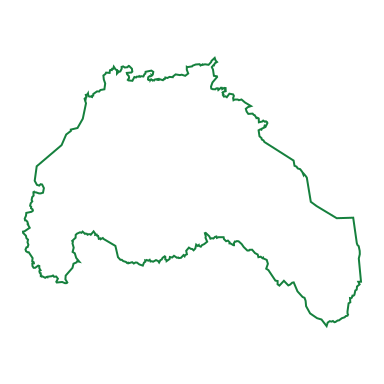 Castlebar Lea-7, Mayo, Ireland (Robinson projection), rotated 270°
{"feature_id": "5873133B79217415432935", "entity_name": "Castlebar Lea-7", "entity_type": "district", "adm_level": 2, "iso_a3": "IRL", "parent_name": "Ireland", "parent_adm1": "Mayo", "projection": "robinson", "projection_center": [-9.299, 53.81], "detail": "fine", "context": "isolated", "style": "outline", "palette": "green", "viewbox_px": 384, "rotation_deg": 270, "n_neighbors": 0, "source": "geoboundaries", "source_scale": "gbopen_adm2", "svg_char_len": 5983}
<svg xmlns="http://www.w3.org/2000/svg" viewBox="0 0 384 384"><g transform="rotate(270 192 192)"><path d="M101.5,67.3L104.7,65.4L108.4,65.7L116.2,72.5L120.3,73.5L121.6,76.5L122.8,77.2L122.3,79.3L126.1,76.2L130.7,74.8L132.1,72.6L136.3,73.7L140.6,72.5L142.3,72.9L143.1,72.2L146.3,75.6L149.1,75.7L150.3,76.9L151.7,80.0L151.2,81.5L152.4,82.6L150.2,84.9L150.5,85.2L150.2,86.9L149.3,87.5L149.8,88.7L149.8,90.3L149.3,90.8L152.6,93.6L150.2,95.3L149.1,95.2L149.4,96.7L148.2,97.2L148.1,98.1L145.2,98.8L145.6,100.3L144.8,100.6L146.0,102.8L145.1,103.5L138.1,115.4L126.8,118.0L124.2,120.4L124.2,121.8L122.9,123.2L122.1,125.9L121.1,126.9L121.3,128.1L120.7,128.3L121.8,132.2L120.5,133.8L121.5,135.5L121.4,137.0L119.6,139.3L118.4,142.8L121.4,144.0L122.2,145.2L123.7,145.2L123.4,146.0L124.0,146.7L123.3,148.3L124.2,149.7L122.5,150.5L122.8,151.7L122.3,153.1L123.9,156.0L122.9,158.2L121.5,159.1L123.9,160.4L124.5,161.7L126.2,162.6L127.7,164.7L127.2,165.3L124.6,165.3L124.0,166.5L122.9,166.6L125.0,169.6L127.0,169.9L126.5,172.2L128.2,174.0L126.2,177.0L126.5,178.2L125.9,178.9L126.2,181.0L128.9,183.5L127.7,184.6L128.9,185.1L129.7,186.9L133.2,186.2L136.4,188.9L135.2,190.7L135.0,192.2L133.7,193.6L135.5,195.3L139.4,196.2L138.1,197.7L139.0,198.8L138.1,199.0L137.3,200.8L138.8,201.9L139.9,204.2L142.3,207.2L146.2,205.5L147.6,205.8L150.8,204.9L151.1,205.7L147.7,209.3L145.3,210.4L145.8,211.9L145.5,213.4L147.1,215.0L147.5,216.4L146.1,216.9L146.8,218.4L146.8,223.6L144.9,224.0L142.8,226.1L143.4,227.9L141.6,229.7L140.6,229.5L140.4,230.8L138.8,233.4L138.8,234.0L140.8,233.9L142.5,234.9L142.3,235.7L142.9,236.8L142.7,238.6L139.9,241.7L137.0,243.7L133.5,247.3L133.5,249.0L134.2,249.6L134.3,252.1L130.9,255.0L129.5,257.7L126.8,258.4L127.3,260.7L125.8,262.5L126.3,263.1L125.6,263.3L124.1,266.7L120.2,267.9L115.3,266.2L113.9,268.4L103.4,275.4L103.0,277.6L99.7,277.6L98.4,279.4L103.2,283.9L98.6,288.3L99.4,290.1L101.3,292.2L101.6,293.7L92.6,297.5L87.0,302.6L86.2,304.5L83.2,305.6L77.8,306.1L70.6,310.1L65.8,317.1L64.5,321.5L57.9,326.6L61.4,327.7L62.8,329.7L62.4,331.7L63.0,332.9L61.8,334.4L62.0,335.4L63.5,337.6L63.6,338.9L65.8,341.9L66.7,344.6L67.9,345.8L68.3,347.5L69.1,348.0L68.8,348.3L70.6,347.5L72.6,347.5L80.7,348.6L81.7,350.3L85.9,350.0L85.7,350.9L86.3,351.8L88.4,352.5L88.3,353.5L89.2,354.4L93.5,355.3L94.4,356.7L97.5,357.0L99.6,359.6L102.2,358.3L102.3,361.0L125.5,358.8L129.8,359.8L133.1,359.7L137.8,358.7L139.1,357.4L140.9,356.8L166.3,353.2L165.8,336.7L178.0,316.5L182.2,310.8L206.4,306.8L208.1,305.6L210.1,303.9L209.1,303.5L212.0,302.3L214.8,300.2L215.6,297.7L217.4,296.5L218.2,294.5L223.4,293.6L242.0,264.4L243.6,263.5L244.5,261.8L245.9,261.5L247.7,259.5L253.7,258.6L254.7,260.4L254.3,261.4L255.3,261.8L256.8,265.0L257.5,264.4L258.5,264.7L258.1,266.0L260.9,267.4L261.8,267.1L262.7,265.9L262.2,265.0L263.4,263.2L262.5,262.3L261.7,258.9L265.5,258.7L265.9,258.3L265.9,256.7L266.4,256.8L266.6,256.1L268.9,254.6L269.1,253.7L270.4,252.6L270.1,248.3L272.5,246.6L275.2,245.8L276.9,247.9L277.9,251.0L281.5,245.0L284.5,241.5L283.8,238.9L284.5,237.7L284.5,234.8L283.8,233.5L286.0,233.1L288.1,233.9L289.6,233.1L290.3,229.4L286.8,226.8L287.7,225.5L287.4,223.9L289.0,222.9L289.5,223.5L291.4,222.5L292.1,223.2L292.8,225.7L295.3,225.6L295.0,225.1L296.0,225.1L296.1,224.2L294.9,222.2L296.2,221.9L296.3,221.0L294.0,218.3L295.7,217.8L295.6,216.3L294.7,215.4L294.8,212.7L295.4,211.3L297.4,211.0L301.6,212.5L307.0,217.1L307.7,216.9L308.2,213.9L314.4,213.0L316.9,211.8L318.9,213.5L318.7,214.0L320.7,214.8L322.0,217.0L323.4,215.6L326.1,214.7L323.1,211.5L321.9,211.1L319.2,208.6L319.7,205.0L319.1,202.5L319.5,202.4L318.5,200.5L319.8,199.6L319.5,195.7L318.3,192.6L317.6,192.1L316.9,187.4L317.2,186.8L314.2,186.8L310.5,188.2L308.2,185.2L309.3,181.7L308.9,179.9L309.6,175.6L307.5,173.0L306.8,172.8L307.1,169.5L306.0,167.4L306.5,165.3L305.1,164.9L304.6,164.0L304.8,163.7L303.8,162.9L304.8,159.7L304.0,158.8L304.1,157.9L304.7,158.0L304.4,157.4L304.9,157.3L304.5,154.9L303.5,154.1L303.9,153.0L303.5,152.6L304.3,151.6L303.7,151.5L304.2,151.4L304.3,150.5L303.8,150.2L304.3,150.1L304.0,148.6L304.5,148.0L306.7,148.2L307.9,149.6L307.7,150.6L308.6,152.0L309.0,151.8L308.8,152.3L309.8,152.9L312.1,153.3L313.4,151.4L312.2,145.6L310.3,145.3L309.7,144.4L307.5,143.4L307.8,141.0L307.2,140.1L307.9,139.2L307.3,138.7L307.3,136.7L306.5,136.0L307.0,134.4L303.2,132.4L303.6,128.4L304.1,127.8L306.1,129.1L307.9,128.8L309.8,127.1L311.1,126.8L311.5,131.4L312.4,132.3L315.3,131.9L318.0,129.1L318.1,128.6L316.8,127.5L316.5,124.8L317.6,123.1L317.1,121.6L315.3,121.7L312.6,120.3L312.2,119.2L312.7,118.5L312.0,118.5L310.4,117.0L314.0,117.0L314.4,115.7L317.3,113.8L315.2,113.2L315.2,112.1L313.9,111.8L314.1,110.6L313.8,110.0L311.1,109.6L311.4,106.1L309.9,105.3L308.5,103.4L304.6,103.8L300.5,105.2L294.7,104.4L294.0,100.4L292.5,99.2L292.6,97.0L290.0,93.3L288.4,93.2L288.2,92.1L287.0,92.0L287.6,90.1L287.4,89.3L288.2,88.3L290.6,88.0L289.7,87.5L289.1,85.8L287.0,86.4L285.3,84.6L284.2,84.9L285.0,85.7L282.9,85.3L280.7,86.0L265.3,82.8L256.0,77.5L254.4,70.8L253.1,70.9L249.5,66.2L238.9,61.6L217.7,36.7L203.2,34.7L199.2,36.9L198.4,39.2L199.8,40.6L199.5,42.1L195.9,43.9L191.3,43.0L190.6,40.7L190.6,39.0L191.7,35.8L191.6,34.0L192.1,33.9L191.8,33.4L188.4,33.6L186.9,32.2L184.0,31.6L182.7,32.3L180.7,30.7L178.2,30.1L177.2,31.2L175.8,31.0L174.6,32.6L173.3,32.9L172.2,31.5L171.1,26.3L168.3,26.0L165.3,24.7L163.7,25.1L163.7,25.9L162.4,27.3L159.9,28.1L159.7,27.7L156.2,29.7L152.7,24.5L152.4,23.0L151.1,23.1L148.3,25.9L145.7,26.5L144.4,28.0L141.7,27.5L139.2,28.4L136.9,27.6L136.7,26.5L134.5,25.5L132.7,26.1L131.7,27.7L131.8,28.7L125.9,32.6L122.8,32.2L121.8,33.7L120.7,33.9L120.5,32.3L117.9,32.5L116.2,33.6L116.2,35.2L118.4,38.2L118.0,39.3L115.8,39.3L113.8,40.5L113.5,39.6L112.6,39.4L111.1,39.8L110.8,40.7L108.0,40.8L108.2,41.5L107.4,41.8L107.5,42.7L106.2,45.2L107.0,46.4L106.7,47.5L107.3,47.6L107.8,51.7L108.5,53.0L107.2,54.1L107.5,56.2L105.3,57.9L102.2,56.3L101.5,56.8L102.0,62.2L100.8,65.1L100.9,66.7L101.5,67.3Z" fill="none" stroke="#15803d" stroke-width="2"/></g></svg>